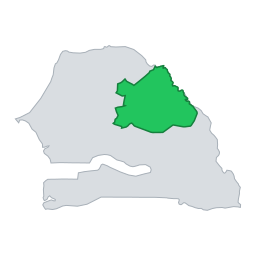 where Matam sits in Senegal
{"feature_id": "SEN-767", "entity_name": "Matam", "entity_type": "Region", "adm_level": 1, "iso_a3": "SEN", "parent_name": "Senegal", "parent_adm1": "", "projection": "mercator", "projection_center": [-13.497, 15.275], "detail": "fine", "context": "in_parent", "style": "filled", "palette": "green", "viewbox_px": 256, "rotation_deg": 0, "n_neighbors": 0, "source": "natural_earth", "source_scale": "10m", "svg_char_len": 5185}
<svg xmlns="http://www.w3.org/2000/svg" viewBox="0 0 256 256"><path d="M207.8,116.8L211.2,122.9L210.5,125.8L209.7,130.1L211.6,133.2L213.9,135.2L215.5,137.1L217.3,139.6L217.6,144.7L217.3,148.4L218.5,150.0L219.5,152.1L219.3,153.9L218.6,155.4L216.4,157.5L216.0,161.3L219.6,165.9L221.9,168.4L221.9,169.8L222.5,171.4L224.2,173.2L225.2,172.8L226.4,171.3L226.9,170.2L229.9,170.7L231.4,171.2L233.4,174.2L234.1,176.2L234.5,178.7L236.6,181.8L238.4,184.0L238.8,185.4L240.3,187.3L239.4,191.4L239.5,193.5L238.4,199.1L238.1,201.7L238.2,202.6L240.6,204.6L240.4,207.4L237.9,206.9L233.6,206.6L225.1,208.1L222.1,207.5L216.5,207.7L212.5,208.5L207.4,210.3L203.4,209.8L201.3,208.4L198.5,208.5L195.3,207.7L191.9,206.4L188.8,205.6L185.5,203.1L184.0,202.6L182.9,203.3L181.9,204.2L181.0,204.7L179.2,204.2L178.5,202.5L179.1,200.8L179.2,199.5L178.4,198.8L176.3,198.6L173.1,198.6L167.8,198.1L166.6,197.8L154.7,197.3L142.4,197.3L132.0,197.2L118.9,197.2L109.6,197.1L101.0,197.1L94.4,200.5L87.1,204.2L77.5,206.2L66.3,205.4L62.7,206.0L59.1,207.6L56.3,208.8L52.5,209.5L47.5,208.9L45.5,209.3L44.3,207.6L42.8,204.9L43.7,202.9L46.8,201.6L51.3,199.9L53.7,200.8L55.1,200.8L55.4,199.7L54.9,199.2L51.5,197.7L49.7,195.8L48.2,196.9L47.0,199.3L45.9,200.0L44.3,200.6L43.5,199.0L43.1,197.5L43.8,196.3L43.4,189.5L43.9,185.8L43.6,182.7L45.8,180.6L47.8,179.3L55.8,179.2L63.2,179.0L70.4,179.1L77.6,179.2L78.4,172.8L80.7,172.4L84.1,171.7L90.6,170.9L97.7,170.2L99.2,168.9L100.4,166.8L101.2,164.9L102.7,164.1L104.7,164.8L107.3,165.8L110.0,167.3L113.1,168.7L115.2,169.6L120.2,171.9L128.7,175.0L135.8,176.2L144.3,173.9L150.4,172.5L151.2,169.7L150.2,167.1L145.6,164.6L139.4,164.9L137.5,165.6L134.6,166.4L132.9,166.7L130.0,166.1L126.2,164.0L123.9,161.9L120.6,160.9L116.8,159.9L110.5,155.5L107.3,154.7L104.2,154.5L98.3,155.4L92.6,157.7L89.5,163.0L83.8,162.9L71.5,162.8L60.3,162.6L51.0,163.0L50.1,159.1L47.9,156.1L44.3,153.4L43.5,151.0L44.7,148.9L48.2,147.1L49.0,145.9L47.1,146.1L44.4,147.2L42.6,147.3L42.4,143.9L39.3,139.6L35.9,132.2L32.1,129.2L28.8,123.2L25.4,120.9L22.3,119.9L19.7,120.1L18.7,122.8L15.4,118.9L19.9,117.5L29.6,112.6L40.7,98.5L50.7,81.7L52.0,77.8L53.2,74.8L54.0,67.9L55.4,63.8L56.8,63.0L58.5,59.9L60.5,54.4L62.8,51.3L65.4,50.7L67.4,51.0L68.9,52.1L73.1,52.8L80.1,53.1L85.5,52.3L89.3,50.4L94.3,49.4L100.5,49.4L103.7,48.6L104.1,47.0L104.9,46.5L106.2,47.2L107.4,46.9L108.5,45.8L109.7,45.7L110.8,46.7L116.0,47.0L125.3,46.6L133.8,49.5L141.7,55.6L145.7,59.8L146.0,61.8L147.3,63.9L149.6,66.0L151.8,66.4L153.7,65.0L155.2,65.2L156.4,66.8L158.6,67.1L161.1,66.1L162.9,66.5L163.2,67.4L163.6,67.9L164.8,68.1L166.4,69.4L168.7,72.6L170.5,77.2L172.0,83.0L173.9,86.2L176.2,86.7L177.6,87.9L177.8,89.3L178.5,90.2L179.6,90.8L181.6,90.4L183.9,92.4L186.4,96.7L186.8,98.6L186.4,99.7L186.6,100.4L188.3,101.1L189.8,102.5L191.1,104.6L193.9,106.5L198.1,108.1L201.2,110.6L203.1,113.8L207.0,116.5L207.8,116.8Z" fill="#d9dde1" stroke="#a8b0b8" stroke-width="1"/><path d="M155.1,66.4L155.2,66.6L155.6,66.7L155.8,66.8L155.9,67.0L156.0,67.1L156.4,67.3L156.6,67.5L156.9,67.6L157.2,67.5L158.2,67.0L158.4,66.9L159.1,66.9L159.5,66.8L160.6,66.3L162.5,65.9L163.0,65.7L163.4,65.7L163.7,65.7L163.7,66.2L163.1,67.4L163.0,68.0L163.4,68.2L164.8,67.7L165.3,67.7L165.5,67.9L165.8,68.4L166.0,68.7L167.0,69.4L167.2,69.6L167.3,69.9L167.3,70.6L167.4,70.9L167.9,72.2L168.1,72.6L168.4,72.9L168.7,73.3L169.6,74.0L169.9,74.3L169.9,74.6L169.9,74.9L169.8,75.5L169.8,75.9L169.8,76.1L170.0,76.3L170.7,77.1L171.0,77.7L171.2,78.4L171.2,79.1L171.1,79.4L171.0,79.7L170.9,80.1L170.9,80.4L171.1,80.6L171.4,80.8L171.9,81.2L172.2,81.4L172.5,81.7L172.9,82.3L173.1,82.6L173.1,82.9L173.0,83.2L172.5,84.0L172.4,84.3L172.3,84.7L172.4,85.0L172.7,85.9L173.3,85.9L174.4,85.7L174.9,85.8L175.2,85.9L175.8,86.4L176.1,86.5L176.9,86.7L177.4,87.0L177.8,87.3L178.1,87.8L178.1,88.3L177.9,89.7L177.9,90.1L178.0,90.4L178.1,90.7L178.3,90.9L179.5,91.2L180.0,91.1L180.5,90.8L181.0,90.4L181.6,90.1L182.1,90.0L182.7,90.3L183.0,90.6L183.1,90.9L183.2,91.9L183.3,92.2L183.7,92.7L183.9,93.0L183.9,93.3L183.9,94.5L184.1,95.2L184.4,95.7L184.8,96.2L187.0,97.7L187.5,98.2L187.7,98.8L187.5,99.4L186.9,99.5L185.7,99.3L185.3,99.6L185.5,100.1L186.3,100.9L186.7,101.2L187.0,101.3L187.3,101.3L188.1,101.1L188.5,101.1L188.9,101.3L189.2,101.5L189.4,101.7L189.5,102.0L189.5,102.3L189.3,103.3L189.3,103.6L189.4,104.0L189.5,104.1L190.4,104.4L190.7,104.6L191.8,105.7L192.8,106.1L192.9,106.4L196.7,111.5L197.0,112.1L197.1,113.0L197.1,113.3L197.1,113.6L194.3,120.7L191.3,125.3L190.8,125.8L190.4,126.1L184.9,126.8L183.3,126.8L173.4,125.0L173.0,125.1L172.7,125.2L163.1,132.2L162.7,132.4L152.7,132.5L150.9,132.2L134.9,126.2L134.3,125.8L133.7,125.3L133.3,124.6L131.7,123.1L130.2,123.6L129.7,123.9L129.0,124.5L127.9,125.8L126.2,127.0L121.6,128.1L121.7,127.5L121.7,127.1L121.7,126.6L121.4,126.4L120.8,126.2L114.9,124.4L113.9,123.9L113.2,123.3L114.6,122.3L115.2,119.3L116.7,118.2L118.1,115.4L116.5,111.8L115.4,108.1L117.9,107.2L122.1,106.6L125.0,105.7L123.4,105.0L124.1,100.8L125.2,95.6L122.2,96.0L116.1,92.8L117.4,90.8L117.7,83.9L118.7,83.5L120.6,82.8L122.1,81.8L125.0,79.0L126.6,81.3L129.6,82.9L132.4,84.3L133.9,85.4L139.3,81.1L145.2,76.3L149.3,72.6L149.8,71.2L153.5,69.7L155.1,66.4Z" fill="#22c55e" stroke="#15803d" stroke-width="1.5"/></svg>